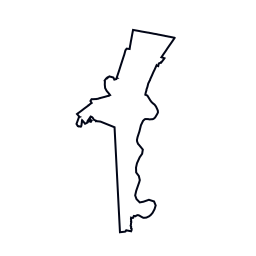 outline of Salas pag., Babites, Latvia, rotated 110°
{"feature_id": "27541924B71610578089497", "entity_name": "Salas pag.", "entity_type": "district", "adm_level": 2, "iso_a3": "LVA", "parent_name": "Latvia", "parent_adm1": "Babites", "projection": "albers", "projection_center": [23.659, 56.92], "detail": "fine", "context": "isolated", "style": "outline", "palette": "ink", "viewbox_px": 256, "rotation_deg": 110, "n_neighbors": 0, "source": "geoboundaries", "source_scale": "gbopen_adm2", "svg_char_len": 4526}
<svg xmlns="http://www.w3.org/2000/svg" viewBox="0 0 256 256"><g transform="rotate(110 128 128)"><path d="M224.0,90.1L224.0,89.8L223.1,89.7L221.7,90.0L221.3,90.2L221.1,90.9L219.6,91.3L219.1,91.9L219.0,92.1L217.7,92.2L216.5,92.6L215.2,92.7L214.9,93.2L214.4,93.3L213.5,93.5L212.6,94.1L211.9,94.3L211.8,94.2L211.6,93.9L211.2,94.2L211.1,93.6L210.9,93.2L210.6,92.7L210.5,92.4L210.3,92.4L210.0,92.5L209.5,92.5L209.0,92.5L208.6,92.4L208.5,91.9L208.4,90.8L207.7,90.4L207.0,89.7L206.5,89.0L206.4,87.9L206.4,87.5L206.6,86.4L206.9,84.9L207.1,83.2L207.1,82.7L206.9,82.2L206.1,80.5L205.9,80.1L204.9,79.1L203.8,78.0L203.3,77.7L202.0,76.9L201.5,76.7L199.4,75.9L195.3,75.3L191.3,75.5L188.1,78.4L188.3,83.8L192.0,88.3L193.9,91.5L191.9,95.7L188.9,98.2L186.6,98.5L185.8,98.6L184.2,98.8L176.6,98.9L175.4,98.9L172.9,99.1L169.4,101.4L167.0,105.1L162.8,106.8L162.6,106.9L158.1,107.5L151.5,107.0L147.4,105.9L143.2,106.7L140.0,112.1L139.5,113.1L137.6,114.8L136.2,115.5L133.4,115.9L127.3,116.1L120.9,116.8L120.2,116.7L116.1,116.3L114.1,115.3L113.5,114.4L112.7,111.9L112.6,110.8L112.2,109.9L112.0,109.5L111.8,109.0L111.5,108.4L111.3,107.9L110.8,107.3L110.4,107.0L109.8,106.6L109.4,106.4L108.7,106.1L106.7,105.7L106.2,105.6L105.0,105.4L104.5,105.3L103.4,105.2L103.1,105.2L102.9,105.3L101.7,105.8L101.3,106.1L100.5,106.8L100.1,107.2L99.1,108.2L98.7,108.6L98.4,108.9L98.1,109.3L97.8,109.7L97.5,110.2L97.1,110.8L96.8,111.3L96.6,112.2L96.4,112.7L96.0,113.7L95.8,114.2L95.3,115.2L95.0,115.6L94.4,116.5L94.1,116.9L93.2,118.0L90.9,120.9L90.8,123.1L89.0,123.4L86.1,123.6L85.5,123.8L84.7,123.8L84.3,123.8L83.1,123.8L81.8,123.9L81.3,124.0L80.8,124.0L80.2,124.1L79.2,124.2L77.7,124.0L76.4,123.9L75.6,123.7L74.3,123.8L72.2,123.6L71.7,123.6L70.9,123.5L69.1,123.4L67.4,123.3L66.1,123.2L64.6,123.0L63.2,122.9L61.9,122.8L60.4,122.7L59.3,122.6L59.4,122.4L59.5,121.1L59.5,120.8L58.1,121.0L57.0,121.1L56.8,121.1L56.3,120.6L55.7,119.8L55.1,119.6L55.2,119.2L53.3,118.6L51.1,117.9L50.0,117.6L50.0,117.8L50.0,118.4L50.0,119.7L50.1,120.5L50.1,120.8L48.1,120.3L46.8,120.0L45.7,119.7L42.7,118.9L39.7,118.2L37.0,117.5L34.4,116.8L33.3,116.5L30.6,115.8L27.4,115.0L27.3,115.3L27.4,115.7L27.6,117.2L28.0,119.9L28.2,120.9L28.5,123.0L28.8,124.5L28.8,125.0L29.2,127.5L29.6,130.1L29.9,131.7L29.9,132.0L30.0,132.7L30.1,133.5L30.4,135.0L30.6,136.0L30.9,138.2L31.2,139.8L31.3,140.8L31.6,142.2L32.3,146.1L32.7,148.3L32.9,149.6L33.1,151.0L33.4,152.7L34.1,156.8L38.4,156.1L39.6,155.9L43.7,155.2L45.1,155.0L48.9,154.3L49.8,154.2L50.2,154.1L50.7,154.0L53.2,153.5L53.9,156.4L55.9,157.0L60.4,156.6L61.1,156.6L64.2,156.5L72.3,156.2L76.8,156.0L84.6,155.8L84.7,155.5L84.8,155.7L84.9,155.8L85.4,155.8L85.9,155.7L86.0,155.7L87.2,157.4L85.6,159.0L85.6,159.5L85.6,159.9L85.7,160.5L85.7,161.1L85.8,161.9L85.9,162.7L85.9,163.2L86.3,163.4L87.0,163.8L87.3,164.0L87.9,164.4L88.1,164.5L87.8,164.8L88.9,165.4L89.8,165.7L91.5,166.2L92.2,165.6L93.8,165.1L95.3,164.6L96.7,163.9L98.2,163.2L99.6,161.7L100.6,160.5L101.4,159.0L102.3,157.5L103.2,156.1L103.9,156.8L104.1,157.0L104.4,157.1L104.4,157.4L106.9,160.8L107.3,161.4L107.7,162.0L108.2,162.7L108.6,163.3L109.1,164.0L109.4,164.5L109.5,164.5L109.8,165.0L110.1,165.4L110.8,166.2L111.4,167.4L111.6,167.6L112.2,169.1L112.6,170.0L113.4,172.1L115.2,172.5L115.4,172.5L115.5,172.5L116.9,170.7L118.0,171.5L119.5,172.4L120.0,172.8L120.1,172.7L121.6,173.7L122.8,174.5L124.3,175.5L125.2,176.1L126.2,176.7L128.4,178.1L130.5,179.5L131.1,179.9L131.3,180.1L132.3,180.7L133.0,179.4L133.6,178.4L133.9,178.0L133.9,177.9L134.2,177.5L134.2,177.3L134.3,177.4L134.3,177.5L134.5,177.8L135.1,177.8L136.3,177.8L137.1,177.8L138.1,177.8L140.5,177.8L141.0,177.8L141.8,177.8L143.4,175.8L143.4,175.1L143.2,175.1L142.9,172.8L142.2,172.6L141.6,172.7L140.9,172.7L140.3,173.0L139.7,173.1L139.0,173.1L138.7,173.3L138.3,173.4L138.0,173.5L137.5,173.6L136.7,173.8L136.4,173.8L136.7,173.1L137.9,171.0L138.7,169.8L137.4,168.5L136.5,167.8L135.7,168.4L134.6,168.2L134.5,167.9L134.7,167.4L134.9,166.3L135.0,165.8L134.9,165.0L133.8,164.8L133.9,165.3L134.1,165.4L134.2,166.1L133.2,165.9L133.0,166.9L134.1,167.2L134.0,168.0L131.6,167.4L131.7,167.0L131.4,167.0L131.2,167.3L130.0,167.0L130.0,166.2L130.2,165.2L130.6,164.6L130.8,164.2L131.8,163.1L131.9,162.9L132.0,162.2L132.1,160.5L132.1,160.4L132.5,160.3L132.4,160.1L132.0,158.5L131.7,157.5L131.7,157.4L131.4,156.0L131.4,155.7L131.9,140.9L228.7,99.9L228.4,99.3L226.9,96.3L226.8,96.1L226.6,95.7L226.4,95.3L226.1,95.1L225.9,94.9L225.5,94.9L225.1,94.8L224.9,94.8L224.7,94.7L224.7,94.4L224.3,91.8L224.0,90.1Z" fill="none" stroke="#020617" stroke-width="2"/></g></svg>